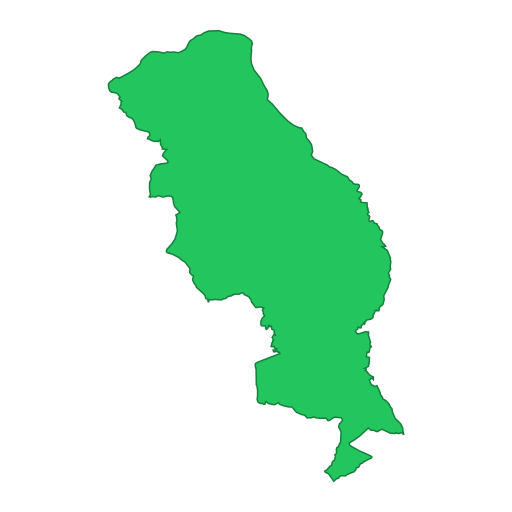 Salatrucel, Vâlcea, Romania
{"feature_id": "2599482B70636070547294", "entity_name": "Salatrucel", "entity_type": "district", "adm_level": 2, "iso_a3": "ROU", "parent_name": "Romania", "parent_adm1": "Vâlcea", "projection": "natural_earth1", "projection_center": [24.379, 45.274], "detail": "fine", "context": "isolated", "style": "filled", "palette": "green", "viewbox_px": 512, "rotation_deg": 0, "n_neighbors": 0, "source": "geoboundaries", "source_scale": "gbopen_adm2", "svg_char_len": 6069}
<svg xmlns="http://www.w3.org/2000/svg" viewBox="0 0 512 512"><path d="M403.7,434.2L402.9,431.0L402.8,428.2L401.2,424.8L400.6,423.7L395.1,418.3L392.5,412.2L391.8,408.4L390.3,406.9L389.1,404.1L386.4,401.0L382.8,398.8L382.2,396.8L380.5,394.8L380.1,392.5L377.0,385.7L374.4,386.5L373.1,385.3L371.6,385.0L370.5,383.2L369.3,379.8L370.6,379.3L371.0,378.3L371.9,378.0L373.3,379.6L373.4,377.0L370.7,375.7L368.2,373.5L367.7,372.3L365.3,370.5L366.1,370.1L366.2,369.1L365.6,368.4L364.7,368.3L368.4,366.4L368.5,365.2L369.1,364.1L368.9,362.7L369.3,362.1L369.4,357.3L366.3,356.8L367.1,352.1L368.7,352.4L369.2,352.0L370.1,347.4L371.4,346.8L371.0,346.0L370.0,345.4L370.0,343.3L370.6,342.6L368.2,334.5L368.6,333.8L368.6,332.0L365.3,331.7L358.9,333.9L356.8,333.6L355.5,331.4L356.2,330.0L357.8,329.0L358.0,327.1L359.0,327.2L360.0,328.0L361.2,327.7L361.3,325.5L362.8,324.7L363.9,323.0L363.9,323.8L364.5,324.1L365.0,322.2L365.8,321.6L366.2,320.2L371.0,319.1L372.7,317.9L373.2,316.4L372.9,315.1L374.2,313.7L375.1,310.7L377.0,309.6L376.0,310.8L379.0,310.7L379.4,307.4L382.9,304.4L384.2,299.6L383.7,295.8L387.9,287.8L388.5,285.0L390.7,279.5L389.2,276.5L389.5,275.1L388.5,273.8L388.7,272.4L390.7,269.2L390.2,266.9L390.7,262.9L390.7,260.8L390.2,259.7L390.5,258.2L387.3,250.4L381.9,246.6L385.7,246.4L384.1,244.1L383.1,243.6L380.6,239.6L382.6,233.1L382.6,231.6L382.0,230.6L379.6,229.4L378.9,226.8L377.7,225.7L377.0,223.8L374.4,223.2L373.2,220.8L372.2,220.6L370.4,221.4L369.1,221.1L368.8,219.7L369.7,216.8L369.2,215.8L367.7,214.9L367.4,214.2L367.6,213.4L368.9,212.7L367.9,210.6L368.1,209.7L367.4,209.3L368.0,208.2L367.2,207.4L367.1,202.9L361.2,202.4L360.4,201.8L361.0,200.6L360.7,199.5L358.8,198.8L358.8,198.2L360.3,197.2L362.0,194.2L361.7,193.2L360.4,192.2L357.0,191.4L357.1,190.5L359.2,187.2L359.2,185.1L358.1,184.3L355.5,184.3L353.3,183.6L351.7,181.3L349.4,180.0L347.6,176.9L341.6,174.2L335.6,169.4L331.8,167.5L329.5,167.0L327.5,165.2L314.2,158.9L311.6,155.7L311.5,154.4L312.7,151.7L311.6,144.8L309.4,141.2L306.4,137.9L305.8,133.6L303.6,131.5L302.4,129.0L301.4,127.9L299.3,127.8L293.8,125.4L287.9,121.1L280.0,113.2L272.4,104.2L267.6,99.9L267.4,98.9L268.0,96.4L268.1,93.9L267.4,91.1L263.6,84.7L260.8,78.7L253.9,69.8L251.5,63.6L250.9,59.0L251.6,49.8L251.2,48.3L252.3,43.4L251.5,41.0L249.6,39.2L244.5,35.6L240.4,34.1L229.0,33.2L223.9,32.3L219.1,30.7L208.5,31.0L203.7,33.0L201.0,35.0L197.5,35.6L195.8,36.4L193.8,38.6L190.2,40.7L189.2,42.1L186.7,47.3L185.1,49.4L179.6,52.4L178.1,52.6L173.3,52.0L169.7,52.3L167.4,51.8L164.1,53.1L158.5,51.9L152.8,51.5L150.4,52.2L146.0,55.6L142.2,59.3L141.0,60.7L140.6,63.0L139.5,64.7L134.7,69.2L129.3,72.7L120.1,77.7L118.8,78.1L117.1,77.4L116.0,77.6L113.0,79.3L111.9,80.8L110.7,81.2L109.4,82.6L108.3,84.3L108.7,87.6L109.7,90.7L111.4,92.2L115.8,92.9L117.8,94.0L120.1,97.3L119.0,98.0L119.0,99.0L121.8,101.3L121.0,102.1L121.2,104.0L119.4,108.0L122.0,109.4L123.9,112.1L125.8,112.5L126.8,115.7L129.2,117.3L131.9,118.3L133.6,120.4L134.8,122.9L136.0,127.6L136.8,128.4L139.4,129.6L149.1,132.1L150.0,135.3L147.9,137.4L147.5,138.8L149.7,139.2L150.4,140.1L154.6,141.5L156.5,141.2L158.2,141.6L160.3,139.8L160.5,144.1L162.6,148.2L162.3,149.1L166.7,149.3L163.4,153.3L162.5,155.9L166.6,159.6L168.0,161.4L167.9,162.5L166.7,163.2L160.4,163.9L156.1,165.1L152.0,171.3L150.2,175.7L151.4,179.0L149.7,181.9L149.4,187.6L150.4,194.7L149.2,196.8L150.3,197.2L152.6,196.6L155.2,197.0L156.4,196.8L158.1,195.6L162.8,197.1L167.9,196.0L171.0,196.1L172.8,197.8L173.7,203.8L174.8,206.7L180.0,212.5L175.8,215.0L176.7,217.1L176.5,218.5L177.1,219.6L176.4,222.2L176.4,224.4L177.3,229.7L177.1,232.0L175.1,238.8L172.2,243.4L167.0,249.2L166.4,250.4L166.4,251.8L167.1,252.6L172.8,254.4L178.8,257.5L181.9,260.2L184.9,261.9L190.0,268.6L189.7,272.7L191.7,275.0L193.5,275.8L192.5,279.8L194.2,283.5L195.9,285.4L196.4,287.3L204.3,294.5L205.1,295.8L205.7,298.3L207.6,299.4L208.2,301.8L208.8,301.6L208.3,299.7L208.7,299.4L209.4,300.0L215.3,299.5L221.6,299.9L222.5,299.2L225.7,298.4L228.2,296.4L231.6,295.8L232.3,294.9L233.2,295.0L234.1,294.2L239.1,294.2L241.6,292.9L243.4,293.1L244.2,294.6L248.9,296.7L249.8,298.5L250.9,298.8L251.4,301.7L255.5,307.2L256.6,307.6L260.2,306.9L263.8,307.9L263.9,308.5L262.8,309.1L262.4,310.3L263.4,312.1L263.2,313.8L264.7,315.6L262.0,318.6L261.0,321.1L260.8,323.8L261.4,325.8L265.4,325.9L265.5,327.1L266.1,327.7L265.7,328.7L266.5,329.4L267.8,328.3L268.2,326.8L268.8,326.4L268.6,325.7L268.9,324.5L269.4,326.6L271.4,326.2L271.3,327.4L271.8,327.8L271.8,329.1L274.3,330.4L274.2,333.0L275.3,335.2L273.7,334.8L272.1,337.5L273.5,339.8L272.7,340.7L272.9,341.6L272.2,342.4L271.7,343.9L271.9,344.4L271.0,346.2L271.7,346.7L274.1,346.5L274.3,347.9L276.8,348.9L275.3,349.9L273.1,350.0L273.5,351.3L275.1,351.1L273.6,352.1L277.5,351.2L277.9,352.2L279.1,352.2L279.9,353.6L257.6,362.2L255.4,363.6L255.2,365.8L256.1,369.3L256.3,384.8L257.0,386.2L257.6,390.9L257.5,396.6L257.1,399.5L257.9,402.0L260.2,403.4L262.5,403.5L263.8,404.3L265.2,403.9L265.7,401.7L266.2,401.5L268.4,403.5L274.4,404.8L278.3,402.6L279.9,404.6L281.8,404.9L282.8,405.6L288.9,407.0L292.0,407.0L296.4,412.3L301.8,414.6L304.5,415.1L307.2,417.9L311.3,417.8L313.6,416.9L315.6,417.7L320.9,418.4L325.4,418.2L326.5,418.5L327.9,420.6L329.7,420.4L332.8,418.0L334.9,417.2L341.0,417.7L341.8,418.4L342.4,419.9L342.1,420.9L339.5,423.8L338.7,426.5L339.0,427.8L339.7,428.8L341.1,432.0L340.5,442.3L339.4,443.7L339.3,444.8L337.9,447.1L336.7,447.8L336.3,450.1L336.6,450.5L336.4,453.5L334.9,454.7L335.5,456.2L334.6,460.2L332.8,461.3L332.2,462.3L331.7,465.1L329.8,466.4L327.1,469.7L324.7,471.1L325.4,472.4L327.5,473.2L329.0,474.4L333.8,481.3L336.4,478.8L338.4,478.3L339.4,476.8L340.8,475.7L345.5,475.9L347.3,474.4L354.0,471.8L355.8,469.8L356.2,468.0L358.6,467.2L360.4,463.7L362.1,463.3L364.0,461.6L371.3,458.0L371.9,457.0L370.7,455.9L359.3,450.8L351.4,446.4L349.7,445.1L349.1,443.1L354.8,439.6L360.3,435.5L368.3,428.1L371.0,430.2L374.1,430.4L376.2,431.5L378.0,431.5L379.3,430.3L382.1,429.3L390.4,433.2L395.2,433.5L396.4,432.5L397.0,433.2L398.8,433.6L401.4,432.6L402.7,433.2L403.1,434.3L403.7,434.2Z" fill="#22c55e" stroke="#15803d" stroke-width="1.5"/></svg>